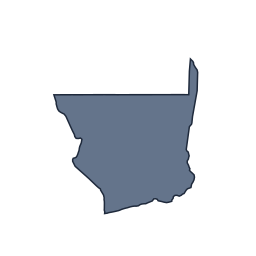 outline of Serra Preta, Bahia, Brazil, rotated 113°
{"feature_id": "56859067B53303266645960", "entity_name": "Serra Preta", "entity_type": "district", "adm_level": 2, "iso_a3": "BRA", "parent_name": "Brazil", "parent_adm1": "Bahia", "projection": "natural_earth1", "projection_center": [-39.348, -12.116], "detail": "fine", "context": "isolated", "style": "filled", "palette": "slate", "viewbox_px": 256, "rotation_deg": 113, "n_neighbors": 0, "source": "geoboundaries", "source_scale": "gbopen_adm2", "svg_char_len": 1815}
<svg xmlns="http://www.w3.org/2000/svg" viewBox="0 0 256 256"><g transform="rotate(113 128 128)"><path d="M215.9,116.1L214.4,113.7L213.4,112.6L211.7,110.0L209.7,107.1L208.8,105.9L207.8,104.5L206.8,103.4L205.3,102.0L204.1,100.6L202.8,99.0L201.5,97.2L200.0,95.5L198.6,93.6L197.5,91.8L196.5,89.5L195.4,87.9L194.1,87.2L192.7,85.8L191.6,83.9L190.7,82.0L189.2,80.7L187.2,78.7L185.6,77.1L183.2,76.6L182.3,74.9L182.2,73.2L183.2,71.8L182.8,69.8L182.5,68.2L182.2,65.9L181.6,63.3L180.3,61.4L178.4,59.1L177.1,59.5L175.2,59.0L173.4,59.4L171.7,58.5L170.8,56.6L170.7,54.2L169.1,52.7L167.6,52.0L166.4,50.8L164.5,50.5L162.6,50.2L160.7,49.5L159.6,48.3L158.2,46.8L155.9,47.3L154.5,47.5L152.6,47.1L149.9,47.0L147.3,47.6L145.3,48.9L144.4,51.2L143.7,53.3L142.9,54.9L141.3,55.1L140.3,56.3L138.6,57.8L137.0,59.8L135.2,60.6L133.0,60.3L131.2,60.7L129.8,60.8L128.5,61.8L126.6,63.2L126.1,64.9L125.0,66.0L102.9,72.0L101.5,71.6L99.8,71.0L98.3,71.2L92.2,73.1L66.7,78.9L51.7,84.8L49.6,85.6L47.5,87.1L46.1,89.4L44.8,91.2L43.7,92.5L42.3,93.2L41.3,94.4L40.7,96.0L40.1,97.5L51.7,93.7L73.6,85.1L76.0,90.9L87.9,118.8L100.6,148.6L101.5,150.6L102.4,152.9L106.7,163.1L118.1,189.7L119.0,191.9L126.4,209.2L132.2,204.2L133.9,203.5L135.2,202.5L136.6,201.4L137.9,200.3L139.3,198.4L139.8,196.4L140.0,194.4L140.1,192.3L141.5,189.7L149.2,181.4L152.2,178.1L155.0,174.8L156.7,173.6L157.8,171.7L157.1,169.6L155.8,167.8L156.4,166.0L158.2,165.6L159.9,165.2L162.2,165.2L163.8,165.2L165.6,164.9L167.7,164.3L169.6,164.2L171.7,164.0L173.6,164.0L175.2,164.3L176.4,165.4L177.3,166.6L178.7,166.6L180.3,165.9L183.9,161.7L189.9,144.0L190.6,142.2L193.6,134.3L194.5,131.6L194.8,129.7L195.9,128.9L197.3,127.0L199.3,124.3L201.5,122.7L203.4,122.0L204.6,121.2L206.3,120.4L211.4,118.3L212.8,117.8L214.3,116.6L215.9,116.1Z" fill="#64748b" stroke="#1e293b" stroke-width="1.5"/></g></svg>